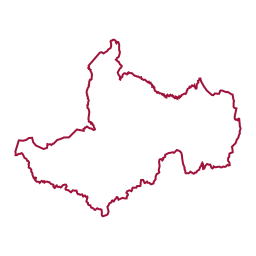 the district of Gachoka, Eastern, Kenya
{"feature_id": "3690345B9660706705639", "entity_name": "Gachoka", "entity_type": "district", "adm_level": 2, "iso_a3": "KEN", "parent_name": "Kenya", "parent_adm1": "Eastern", "projection": "equal_earth", "projection_center": [37.603, -0.727], "detail": "fine", "context": "isolated", "style": "outline", "palette": "rose", "viewbox_px": 256, "rotation_deg": 0, "n_neighbors": 0, "source": "geoboundaries", "source_scale": "gbopen_adm2", "svg_char_len": 5749}
<svg xmlns="http://www.w3.org/2000/svg" viewBox="0 0 256 256"><path d="M232.6,94.6L231.3,94.2L227.7,91.9L226.2,92.2L222.9,90.8L221.0,90.4L220.0,91.1L219.9,92.0L219.0,93.8L214.8,93.5L213.3,95.2L211.7,94.9L206.8,90.5L204.1,86.7L201.1,81.4L200.4,78.5L199.5,78.6L199.6,79.0L198.6,80.7L198.0,80.9L198.4,82.4L196.7,84.4L196.6,88.2L196.3,88.5L195.7,88.6L194.4,85.5L194.1,86.4L192.1,85.4L191.7,86.3L191.1,86.5L190.7,87.2L189.9,86.6L189.8,85.8L189.4,87.9L187.6,88.9L187.3,90.2L186.8,90.7L186.5,92.5L185.8,93.7L185.4,94.0L184.7,93.6L181.5,95.1L181.2,96.1L180.4,96.1L180.2,96.8L179.9,96.7L179.5,97.4L179.0,96.7L178.6,97.8L176.2,96.8L176.9,98.6L175.2,97.9L174.6,98.1L174.2,97.2L173.4,97.0L173.1,96.0L172.5,96.1L172.2,95.3L171.6,95.7L170.6,95.0L170.1,95.0L169.6,96.1L169.3,95.9L169.4,95.5L168.5,96.1L167.4,94.8L166.5,96.0L166.5,97.5L166.2,97.5L166.0,97.0L164.9,96.6L165.1,96.1L165.0,95.7L164.3,95.5L164.0,94.6L163.6,94.8L163.5,95.3L162.3,94.6L162.6,94.0L160.4,93.3L159.4,93.4L158.7,92.4L158.1,92.1L157.4,92.8L157.1,92.8L156.5,91.7L154.8,90.7L154.6,89.2L154.1,88.4L154.4,87.8L154.3,87.4L153.8,86.8L153.4,87.4L152.9,86.8L152.2,86.8L152.4,85.7L152.0,85.4L152.2,84.9L151.4,83.9L150.6,83.6L150.5,82.7L149.4,83.1L148.8,81.7L147.7,82.2L144.8,79.6L143.3,79.9L142.3,79.1L141.6,79.0L141.1,77.2L139.6,77.6L138.3,76.5L137.1,76.6L135.6,75.8L134.5,75.7L131.9,73.2L129.7,73.0L128.6,72.3L127.9,72.8L127.8,73.9L126.8,74.4L125.0,73.2L124.4,73.3L123.5,73.8L122.6,75.0L122.3,76.9L120.8,78.1L120.3,79.6L119.8,79.3L120.1,76.6L118.7,75.1L117.7,72.5L119.8,68.6L121.1,67.6L121.8,66.0L119.8,64.1L118.7,61.7L118.0,61.6L115.9,59.7L116.7,59.0L117.1,57.8L118.3,57.3L118.9,56.4L119.6,53.8L119.9,52.0L119.1,49.9L119.2,44.5L118.3,42.1L117.3,41.9L116.4,43.3L116.0,42.7L115.6,40.8L114.4,39.8L112.8,39.8L112.3,40.5L110.9,40.7L110.5,41.5L111.2,44.0L111.1,46.4L110.5,48.1L108.2,49.5L107.4,50.9L103.5,53.4L101.6,52.2L99.8,52.7L88.6,65.7L89.0,66.6L88.2,67.9L88.6,68.5L88.9,68.5L88.9,69.0L89.4,69.2L89.6,68.9L90.0,69.7L90.5,69.9L90.3,70.2L90.6,71.3L91.4,72.4L92.1,75.1L91.8,75.8L91.6,79.2L90.9,79.8L90.1,79.6L89.6,80.3L89.5,81.5L89.1,82.1L89.2,84.0L88.6,85.1L89.0,85.8L88.8,86.6L87.8,88.0L86.7,91.1L86.6,93.0L87.3,94.7L87.1,95.7L87.7,96.5L88.0,98.1L87.8,98.5L88.6,99.8L88.7,100.7L88.1,102.3L88.1,104.7L87.3,105.2L87.6,108.1L88.1,108.3L88.6,109.0L89.2,111.3L89.3,112.4L88.4,118.9L88.8,120.2L88.7,121.1L89.1,121.8L90.7,122.1L90.7,123.2L90.9,123.6L91.9,123.0L92.7,124.2L92.5,124.7L93.5,125.3L93.9,127.3L94.7,128.4L94.9,129.5L93.6,130.0L91.3,128.5L89.5,128.3L87.0,126.5L86.4,127.1L85.0,127.6L84.8,128.5L83.6,128.8L83.7,130.8L76.9,129.5L68.9,137.4L63.9,137.5L59.8,139.3L57.4,139.8L53.6,143.7L52.7,143.8L51.4,145.0L50.0,144.2L48.4,144.5L47.4,144.1L47.1,147.8L43.6,149.0L35.9,145.5L33.2,142.2L32.1,137.8L28.9,138.0L26.1,140.0L23.1,140.7L18.8,140.4L15.4,151.5L15.8,154.3L15.6,155.1L17.0,155.1L18.7,153.8L20.2,153.9L21.6,153.1L22.6,153.9L24.6,158.0L26.4,158.9L27.2,160.8L28.1,160.9L29.0,162.3L29.1,163.1L28.5,164.2L28.9,165.0L28.7,167.5L30.5,168.5L31.4,170.0L31.2,171.6L32.3,173.0L32.5,175.0L33.8,178.2L35.3,177.5L35.9,177.7L35.9,178.7L35.2,179.2L35.0,179.9L36.2,181.3L37.1,181.8L38.7,181.7L39.7,182.9L40.5,181.8L41.8,180.9L42.9,181.9L43.9,181.1L44.3,181.2L44.5,182.5L45.6,181.8L47.2,181.6L48.3,182.2L49.1,182.1L51.1,184.0L53.4,184.7L53.7,185.5L53.3,186.2L53.4,186.7L54.6,188.0L55.0,187.8L56.3,185.6L56.7,185.4L57.4,186.6L58.3,187.0L59.7,186.7L60.6,187.5L61.3,187.2L62.9,185.2L64.7,184.6L66.0,184.7L66.7,186.4L65.4,188.5L65.6,189.3L66.0,189.8L68.1,190.1L71.0,192.3L72.8,190.3L74.8,190.7L76.5,190.6L77.2,193.1L78.0,194.2L78.9,194.1L80.2,194.8L82.0,194.3L83.1,196.5L83.8,196.2L84.2,195.6L85.0,195.5L86.0,196.9L87.3,196.6L87.5,197.3L86.4,201.4L86.8,202.1L87.9,202.8L88.1,204.4L88.5,204.9L90.4,205.4L91.1,207.5L93.2,208.3L94.7,209.9L95.2,209.9L97.3,208.3L99.1,209.3L100.5,209.2L101.5,209.7L101.9,212.6L101.7,214.0L102.0,215.4L102.6,216.2L103.4,216.1L106.6,215.0L107.7,214.2L108.6,211.7L107.4,206.8L108.4,205.6L109.3,203.4L111.3,202.4L111.9,200.7L112.6,200.5L113.3,201.4L114.1,201.2L114.8,199.5L115.8,198.7L116.7,197.1L117.5,197.2L118.5,199.7L122.4,197.9L124.6,198.4L126.6,198.4L126.9,196.1L128.0,195.0L127.6,193.9L126.4,192.8L127.2,191.3L129.3,190.3L131.4,191.2L132.0,190.3L132.4,188.0L132.8,187.7L136.2,187.7L136.5,187.6L136.8,186.5L137.2,186.0L140.2,186.1L140.6,185.3L140.6,182.9L141.1,180.0L143.2,180.0L144.6,183.1L145.0,183.2L147.0,181.6L147.9,182.8L149.5,182.9L150.7,184.2L151.6,184.3L152.3,183.7L153.3,183.6L153.6,183.2L153.8,181.6L155.6,179.3L155.6,176.8L156.7,174.0L158.0,173.5L159.3,172.4L158.7,170.2L159.6,166.2L159.1,161.8L159.4,159.9L159.9,159.3L161.3,159.1L162.3,160.4L163.2,159.3L163.2,157.9L165.2,156.9L165.2,154.8L168.5,153.1L172.8,152.3L174.0,152.8L176.9,150.0L179.0,150.8L180.6,151.9L181.4,153.1L182.0,155.8L182.2,158.5L183.0,163.6L184.7,168.0L184.4,169.1L185.2,170.4L185.4,172.7L185.8,173.2L188.3,173.3L189.5,172.7L190.4,171.7L193.4,173.6L194.3,173.5L195.0,172.5L196.3,172.5L197.3,170.8L199.2,169.7L200.1,167.1L201.0,166.1L201.8,163.6L202.3,162.8L202.9,163.9L203.1,165.3L203.0,168.1L203.2,169.0L204.0,168.7L204.7,167.8L205.2,165.9L207.1,164.0L208.9,164.7L210.3,164.6L211.4,167.7L212.4,168.4L213.2,167.7L213.7,166.4L215.2,167.3L219.4,166.6L220.7,167.4L221.6,167.4L223.4,166.5L225.0,166.9L226.1,166.3L227.4,164.9L228.4,165.5L229.7,165.2L229.4,162.6L228.1,160.8L228.1,158.1L229.2,156.9L229.4,153.8L229.7,153.4L232.7,152.3L232.4,148.7L231.9,146.8L235.4,143.4L236.1,142.1L236.5,140.2L238.3,137.7L239.0,135.0L239.9,133.4L239.6,131.7L240.6,128.4L239.9,126.5L239.2,118.8L238.6,118.7L238.0,120.3L237.6,120.4L236.8,119.4L235.8,119.8L235.0,119.3L234.6,117.0L236.4,108.4L234.4,107.9L233.5,106.7L233.7,104.1L233.5,103.0L234.1,101.0L233.5,100.0L232.6,94.6Z" fill="none" stroke="#9f1239" stroke-width="2"/></svg>